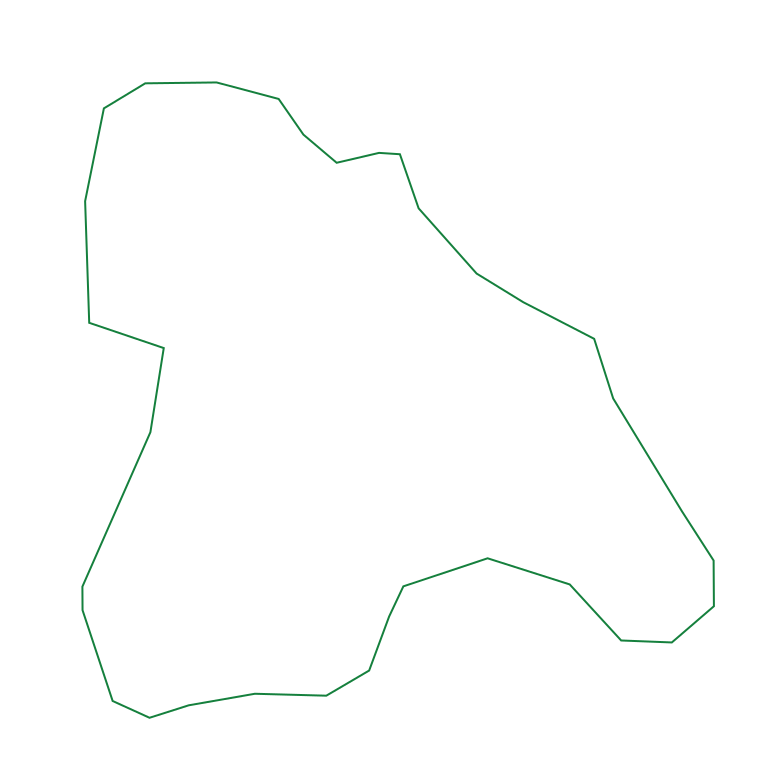 Francistown, Mercator projection, rotated 86°
{"feature_id": "BWA-5502", "entity_name": "Francistown", "entity_type": "City", "adm_level": 1, "iso_a3": "BWA", "parent_name": "Botswana", "parent_adm1": "", "projection": "mercator", "projection_center": [27.509, -21.161], "detail": "fine", "context": "isolated", "style": "outline", "palette": "green", "viewbox_px": 768, "rotation_deg": 86, "n_neighbors": 0, "source": "natural_earth", "source_scale": "10m", "svg_char_len": 577}
<svg xmlns="http://www.w3.org/2000/svg" viewBox="0 0 768 768"><g transform="rotate(86 384 384)"><path d="M583.1,67.5L628.7,70.4L661.9,114.9L656.4,165.3L596.9,212.7L565.1,292.8L587.2,378.8L616.3,395.1L668.8,418.8L690.9,463.3L684.0,534.4L690.9,601.2L700.6,641.2L681.3,676.8L588.6,700.5L565.1,699.0L415.8,620.4L332.8,601.2L302.4,673.8L180.8,669.4L89.5,644.2L67.4,601.2L71.5,530.0L92.3,469.2L129.6,447.0L160.0,415.8L153.1,372.8L155.9,352.1L211.2,337.2L280.3,283.9L312.1,239.4L353.6,171.2L414.4,156.4L531.9,95.6L583.1,67.5Z" fill="none" stroke="#15803d" stroke-width="2"/></g></svg>